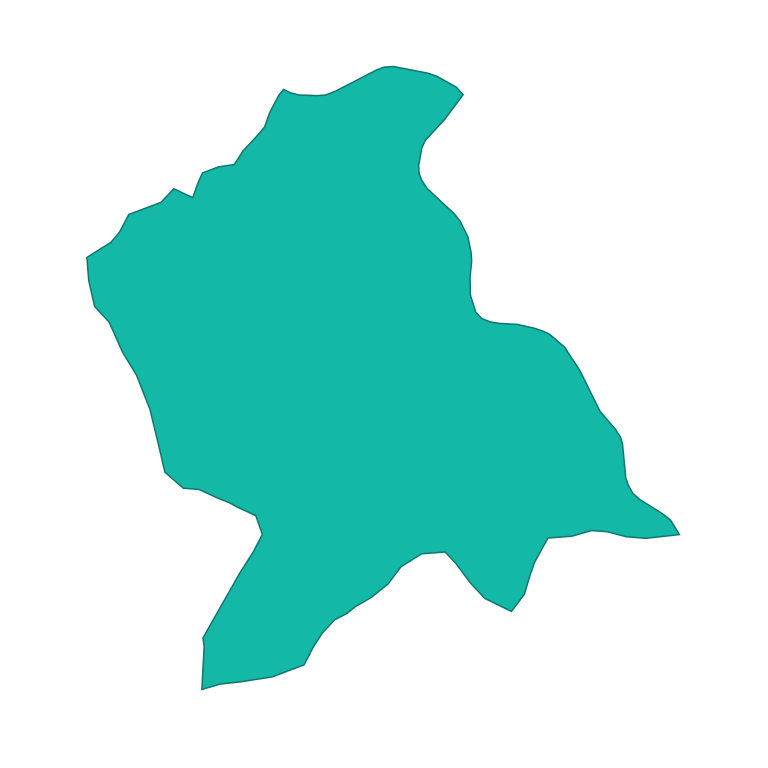 the district of Nyongwon, P'yŏngan-namdo, North Korea, rotated 94°
{"feature_id": "82179303B95281313978448", "entity_name": "Nyongwon", "entity_type": "district", "adm_level": 2, "iso_a3": "PRK", "parent_name": "North Korea", "parent_adm1": "P'yŏngan-namdo", "projection": "albers", "projection_center": [126.614, 39.977], "detail": "fine", "context": "isolated", "style": "filled", "palette": "teal", "viewbox_px": 768, "rotation_deg": 94, "n_neighbors": 0, "source": "geoboundaries", "source_scale": "gbopen_adm2", "svg_char_len": 1583}
<svg xmlns="http://www.w3.org/2000/svg" viewBox="0 0 768 768"><g transform="rotate(94 384 384)"><path d="M89.9,325.2L82.8,332.6L73.2,353.1L71.0,361.2L66.6,396.7L67.8,405.6L69.7,409.9L70.9,412.8L95.5,453.2L99.8,462.5L101.0,470.6L101.6,489.1L100.0,497.6L97.2,504.8L103.3,509.1L121.4,517.0L135.8,521.0L146.6,528.9L161.0,540.7L175.5,548.6L178.9,564.2L186.1,579.8L196.9,583.8L211.4,587.8L203.9,607.3L218.3,619.1L225.5,634.7L232.6,650.4L250.7,658.3L261.5,666.1L278.5,689.2L301.3,685.8L326.8,678.1L341.5,662.5L370.7,646.9L392.6,631.4L425.4,615.8L461.9,604.2L487.3,596.4L502.0,576.9L502.1,561.3L509.5,541.7L513.2,530.0L516.9,522.2L524.3,502.7L542.5,494.9L560.6,502.7L582.3,514.5L614.8,530.1L650.0,546.9L658.3,545.1L701.4,544.4L697.6,534.1L694.7,526.2L691.2,506.6L687.6,491.0L684.1,475.4L676.9,459.8L669.7,444.1L651.6,436.3L637.2,428.5L622.7,416.8L615.6,405.1L608.3,397.3L597.6,381.6L583.2,366.0L565.1,354.3L550.8,334.7L547.3,311.3L558.2,299.6L576.4,284.0L591.0,268.3L602.0,241.0L584.0,229.3L565.9,225.3L551.5,221.4L526.2,209.7L522.8,186.2L515.7,166.7L515.8,151.1L519.5,131.5L519.7,112.0L513.6,78.8L499.8,88.6L494.3,96.6L481.4,120.8L475.8,128.1L467.8,133.3L461.0,136.2L427.2,141.9L420.7,144.3L412.7,150.3L396.3,166.5L356.9,189.5L334.7,206.4L322.9,222.1L320.1,229.4L318.0,237.4L315.2,255.2L315.5,273.7L314.5,283.0L311.8,291.1L305.9,297.5L289.2,304.0L271.3,305.6L255.2,305.1L246.6,306.3L231.1,310.7L216.6,319.2L216.1,319.6L209.8,325.2L186.0,354.6L178.5,360.3L172.0,363.5L163.4,364.7L145.5,362.6L138.1,359.8L115.9,342.0L89.9,325.2Z" fill="#14b8a6" stroke="#0f766e" stroke-width="1.5"/></g></svg>